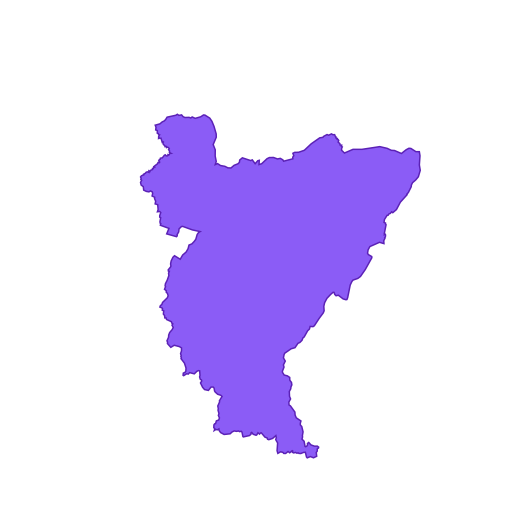 outline of Mueang Uttaradit, Uttaradit, Thailand, rotated 210°
{"feature_id": "78962969B38692905391521", "entity_name": "Mueang Uttaradit", "entity_type": "district", "adm_level": 2, "iso_a3": "THA", "parent_name": "Thailand", "parent_adm1": "Uttaradit", "projection": "equal_earth", "projection_center": [100.198, 17.685], "detail": "fine", "context": "isolated", "style": "filled", "palette": "violet", "viewbox_px": 512, "rotation_deg": 210, "n_neighbors": 0, "source": "geoboundaries", "source_scale": "gbopen_adm2", "svg_char_len": 6125}
<svg xmlns="http://www.w3.org/2000/svg" viewBox="0 0 512 512"><g transform="rotate(210 256 256)"><path d="M103.3,112.9L105.6,116.0L105.4,117.6L106.5,119.6L105.9,121.0L106.2,121.8L107.9,122.0L110.1,120.6L113.9,119.9L117.1,120.9L117.7,119.4L116.9,118.2L116.9,116.9L117.6,115.7L118.3,115.6L121.7,119.6L124.6,120.4L125.2,122.6L126.0,123.6L127.3,127.2L131.1,131.2L133.2,131.9L134.0,133.3L134.6,135.6L140.2,136.0L142.6,137.8L144.3,140.3L151.2,143.4L152.9,143.5L154.5,145.9L154.6,149.5L156.8,151.2L159.4,155.3L159.5,158.3L160.3,160.2L160.5,162.3L162.1,164.3L164.6,165.3L166.1,167.7L168.9,167.9L172.1,167.0L174.9,168.5L175.5,169.4L176.2,173.8L177.8,175.4L178.1,179.6L181.3,181.5L182.4,184.7L182.5,186.2L179.2,193.2L176.4,196.1L176.0,201.4L174.8,203.0L174.0,206.0L174.4,208.4L173.8,210.0L173.9,217.1L173.2,219.4L173.9,222.1L171.3,223.3L170.6,224.7L170.1,233.6L169.3,240.3L169.6,242.6L172.1,246.3L173.2,249.8L173.4,254.8L172.1,260.2L171.1,263.1L170.2,263.5L168.6,262.1L166.8,261.6L165.1,263.2L159.1,262.4L156.2,263.1L155.5,263.8L155.8,265.8L159.9,278.0L160.2,281.9L159.9,283.7L156.6,287.5L155.3,290.5L154.6,298.9L154.8,312.4L155.5,313.4L159.4,313.4L160.8,314.2L162.0,317.4L162.1,321.1L155.9,329.6L151.4,330.7L153.0,333.1L153.2,335.9L153.7,336.2L153.5,337.2L154.3,339.0L154.8,339.3L155.5,338.7L155.6,339.6L156.1,339.6L159.0,348.1L159.8,348.4L160.3,349.3L161.9,349.1L163.0,351.8L162.8,356.8L162.0,357.3L161.9,359.0L161.0,360.0L160.6,362.1L159.2,361.9L157.6,366.4L157.9,374.8L155.8,384.6L156.3,384.9L155.8,387.1L156.2,393.6L156.9,395.1L157.1,397.7L155.7,401.8L155.0,405.8L156.6,412.3L160.1,416.6L164.1,424.8L166.7,428.0L169.7,426.3L175.6,426.6L177.4,425.8L179.1,423.1L181.3,417.5L188.8,416.6L191.6,415.2L196.3,414.8L203.5,412.6L217.5,401.4L225.3,396.9L230.9,389.4L234.8,390.4L235.8,392.5L235.8,393.6L237.1,393.8L237.2,394.8L238.8,394.2L239.6,395.3L241.8,395.7L242.1,397.4L243.1,397.9L243.8,397.6L244.3,398.4L244.9,397.9L245.9,398.3L246.0,399.0L246.6,398.9L248.6,400.4L250.0,399.5L251.7,399.5L253.5,396.9L255.2,396.7L257.3,393.3L257.4,392.2L259.9,390.2L264.3,380.7L267.0,371.7L271.0,367.1L274.3,365.1L275.4,363.4L273.4,361.7L273.6,360.0L272.7,358.6L279.5,351.9L280.8,352.7L283.8,352.7L285.9,350.8L290.0,350.1L293.6,348.0L295.1,345.8L297.2,338.8L299.1,336.7L301.0,340.5L302.1,339.4L302.9,335.5L307.3,337.4L308.3,336.0L316.9,334.2L318.1,331.0L317.2,328.8L317.7,326.9L320.3,323.6L321.7,319.7L324.4,318.3L327.8,318.1L332.0,316.6L335.5,316.8L337.0,314.8L337.7,318.0L341.3,322.1L344.4,327.6L348.8,331.1L349.8,339.0L351.5,341.8L357.1,347.2L361.5,350.6L365.0,352.3L370.7,352.5L372.0,351.9L373.5,348.9L377.5,344.8L380.8,344.5L381.5,342.9L383.3,342.6L386.8,340.4L388.8,340.2L391.0,341.0L393.1,339.2L395.0,339.4L395.8,337.8L402.4,331.8L402.5,328.9L403.1,326.9L404.3,325.2L405.3,322.4L408.7,318.9L406.9,317.4L405.9,315.0L404.2,315.3L402.9,313.0L401.8,313.2L401.1,312.4L400.1,312.7L400.1,310.9L399.2,309.2L398.8,310.0L398.0,309.8L397.2,310.5L394.1,307.6L393.7,308.5L393.2,308.4L393.3,307.6L392.0,306.3L390.0,305.9L389.5,305.2L388.4,306.0L387.7,305.2L387.1,306.0L386.0,306.1L384.8,305.6L384.9,304.4L383.3,303.7L382.9,302.5L381.0,302.4L381.8,301.9L381.9,300.1L382.9,299.8L382.4,299.2L382.8,298.4L383.9,297.8L385.0,298.3L385.7,297.6L386.2,294.2L387.7,292.9L387.3,291.7L387.9,291.2L387.8,289.8L386.4,289.2L386.3,288.6L387.6,287.9L387.4,286.7L388.9,283.1L388.2,282.3L389.2,282.0L388.6,280.5L389.4,280.0L388.9,279.1L390.3,277.3L390.1,276.2L391.3,276.2L390.5,274.9L392.3,274.5L393.1,273.4L393.1,272.5L393.9,271.2L393.8,270.3L394.3,270.3L394.3,269.5L395.3,268.2L395.5,266.7L394.3,265.9L394.1,264.8L392.9,264.4L392.8,262.0L390.9,260.0L388.3,259.7L386.2,256.9L383.3,257.1L380.8,258.0L379.9,259.6L378.0,259.7L376.8,258.6L376.0,256.0L373.1,256.2L372.5,254.9L370.3,253.3L369.4,250.7L366.8,251.3L364.0,247.3L363.5,245.0L361.7,246.4L360.2,246.0L359.6,242.9L358.8,241.5L357.7,241.5L356.3,237.6L355.4,236.5L354.7,236.5L354.2,234.8L345.2,236.4L344.4,230.5L334.5,233.0L334.3,234.1L335.0,235.1L335.0,238.2L336.2,241.0L335.3,244.2L334.3,245.0L324.1,246.8L316.6,249.2L317.5,247.5L317.7,245.2L316.5,240.4L316.8,237.7L317.6,234.4L319.5,232.0L318.5,228.4L318.5,224.5L320.0,220.2L320.0,215.3L326.7,215.5L327.3,213.4L327.0,209.3L326.0,206.4L324.7,204.8L324.5,203.9L325.1,200.1L324.3,199.1L323.4,199.4L323.1,197.3L321.7,195.5L320.8,190.6L320.6,186.8L319.8,184.7L319.0,184.2L318.6,181.4L316.3,181.1L315.7,179.8L314.0,179.3L312.2,177.6L311.9,175.5L313.7,169.1L313.3,166.8L314.0,165.3L313.7,163.7L311.4,164.0L310.6,163.6L310.1,162.2L308.5,162.4L307.2,159.4L305.4,158.7L304.0,156.8L303.0,157.4L301.7,156.3L296.4,156.8L295.4,155.8L294.1,155.6L294.2,154.1L292.0,152.8L291.8,150.4L292.5,146.6L292.1,143.9L291.1,141.9L290.7,138.0L289.6,137.3L288.9,135.9L284.1,134.3L282.2,137.8L277.2,139.2L274.6,139.2L273.1,136.6L272.5,133.7L270.9,132.3L270.9,131.5L269.6,130.4L269.6,129.6L264.5,127.5L260.6,124.0L259.2,121.2L259.3,119.8L260.4,118.2L259.5,116.2L258.8,116.2L257.2,119.3L255.6,119.9L255.2,121.8L250.5,123.1L249.5,126.7L248.5,128.0L247.4,128.4L244.8,124.6L244.4,123.1L242.6,121.4L241.3,121.4L240.5,120.6L240.6,118.3L236.6,115.6L233.8,114.6L230.0,115.8L229.4,120.0L227.5,121.1L226.2,120.6L224.4,118.4L223.3,117.8L220.1,117.1L216.8,117.8L215.2,117.4L215.3,112.3L214.6,111.5L214.1,107.0L212.3,104.9L211.8,103.5L209.3,101.0L208.9,99.1L206.7,97.5L206.3,95.3L207.9,93.4L207.2,90.6L207.9,90.0L208.0,88.7L206.7,86.2L205.3,85.8L204.9,84.0L204.0,85.7L202.6,86.1L201.7,87.7L200.8,86.5L198.4,85.4L194.4,85.5L189.5,89.1L188.7,91.7L187.4,93.6L185.2,94.4L183.7,95.7L182.3,95.7L181.2,96.8L180.1,96.5L177.1,93.1L176.5,93.0L171.9,97.2L171.2,99.0L171.9,100.2L171.5,101.1L169.3,100.2L166.3,100.8L165.9,101.4L165.9,103.9L163.9,103.5L163.6,105.0L162.9,105.5L157.7,103.6L155.4,104.0L154.4,103.1L153.1,103.3L150.4,106.3L149.0,110.4L147.5,108.7L147.1,106.8L143.8,104.9L140.4,97.9L138.4,96.0L136.8,98.7L134.5,99.4L133.3,98.9L131.6,99.8L130.5,102.7L128.4,102.4L127.3,105.5L126.7,105.5L126.2,104.2L124.9,104.3L123.6,105.6L121.9,105.7L121.2,106.6L120.0,106.5L118.4,107.4L116.6,109.7L115.1,110.7L111.8,107.2L110.7,106.8L108.6,109.5L105.3,110.0L103.3,112.9Z" fill="#8b5cf6" stroke="#5b21b6" stroke-width="1.5"/></g></svg>